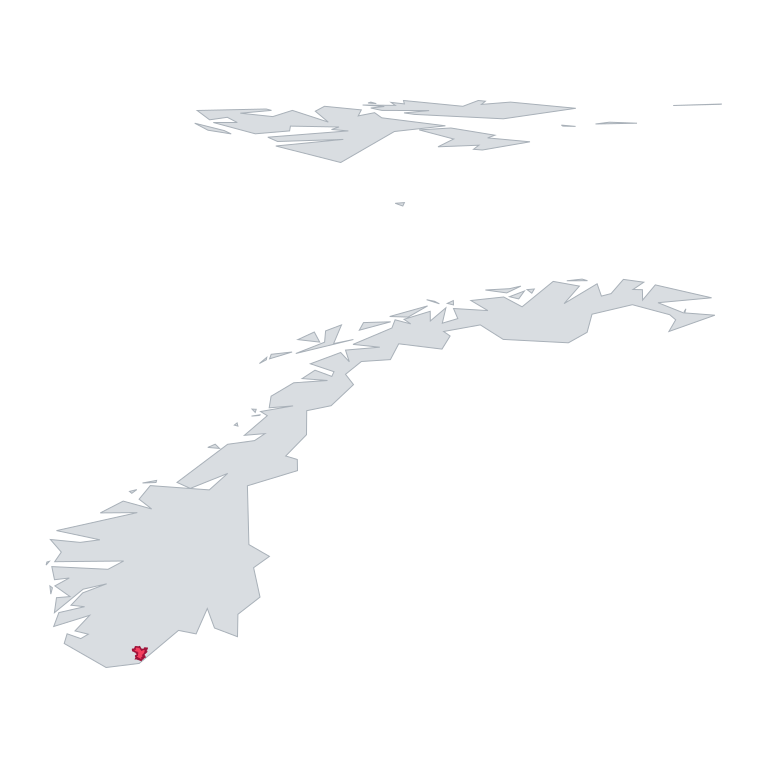 Birkenes nor, Aust-Agder, Norway (highlighted)
{"feature_id": "86288312B11283211528178", "entity_name": "Birkenes nor", "entity_type": "district", "adm_level": 2, "iso_a3": "NOR", "parent_name": "Norway", "parent_adm1": "Aust-Agder", "projection": "equal_earth", "projection_center": [8.204, 58.44], "detail": "fine", "context": "in_parent", "style": "filled", "palette": "rose", "viewbox_px": 768, "rotation_deg": 0, "n_neighbors": 0, "source": "geoboundaries", "source_scale": "gbopen_adm2", "svg_char_len": 6803}
<svg xmlns="http://www.w3.org/2000/svg" viewBox="0 0 768 768"><path d="M480.3,324.9L443.6,331.5L450.1,336.0L442.0,349.1L398.7,343.8L390.4,359.6L361.4,361.5L345.5,374.3L353.5,384.6L331.1,405.7L306.7,410.7L306.5,434.7L285.7,456.0L297.3,459.5L297.5,470.6L247.4,485.8L248.9,544.6L269.4,556.4L253.6,567.7L260.0,597.1L237.9,614.3L237.5,636.7L214.5,628.0L207.3,608.5L196.1,633.9L178.5,630.4L139.2,663.4L106.1,667.5L64.2,643.5L67.1,633.8L80.8,638.6L88.3,634.2L75.0,630.9L89.7,615.3L53.7,626.5L58.9,612.6L84.6,606.7L71.0,605.2L82.7,592.9L106.7,583.8L83.1,589.2L54.4,612.7L56.5,597.7L70.0,596.6L54.9,585.9L69.3,578.0L54.5,579.7L51.8,566.6L108.0,569.3L123.7,561.0L54.7,561.7L61.3,552.1L50.4,539.5L80.2,542.4L99.9,539.8L56.5,530.6L137.3,512.6L100.3,512.9L123.2,501.1L151.7,509.0L139.1,499.2L150.3,485.6L209.3,489.9L227.7,473.4L190.3,488.4L177.0,482.4L227.6,444.3L254.6,440.6L265.0,433.6L244.4,435.3L267.3,415.7L260.6,411.5L293.1,405.9L269.2,407.8L271.1,396.2L293.7,382.8L327.5,380.5L302.1,378.6L315.0,370.2L331.8,376.4L334.0,371.7L310.4,363.8L340.7,352.5L349.3,361.8L345.5,350.1L379.8,347.2L353.0,344.4L391.9,328.0L395.1,319.8L410.7,323.9L404.0,319.3L430.2,311.3L430.3,321.0L445.9,307.8L442.3,323.2L457.8,318.6L453.5,308.5L487.9,310.6L470.9,300.5L503.7,297.0L522.1,306.8L553.2,281.4L579.4,286.1L564.1,303.6L597.1,283.8L601.4,296.1L611.1,293.6L623.4,279.4L643.8,282.2L633.0,289.5L642.4,289.7L642.6,300.1L655.3,284.9L711.6,297.8L658.0,302.7L683.3,312.8L714.9,315.2L668.9,331.5L675.7,319.8L669.7,314.7L632.4,304.7L592.0,314.2L587.1,332.3L568.4,342.8L503.2,339.4L480.3,324.9ZM324.5,106.3L361.3,109.9L358.2,115.9L374.6,112.7L381.7,117.8L445.4,125.8L394.4,131.5L340.7,162.5L275.8,146.0L343.3,139.4L277.6,141.5L267.8,137.2L348.4,130.9L331.5,129.5L339.0,127.0L290.4,126.1L289.6,130.9L255.3,133.8L213.3,122.5L237.3,122.5L227.3,117.3L209.6,119.8L197.2,110.5L266.2,109.0L271.5,110.4L240.3,113.2L272.8,116.6L292.4,110.4L328.3,122.1L315.3,111.2L324.5,106.3ZM403.5,100.5L462.9,106.3L478.3,100.5L485.4,101.2L481.5,104.4L510.5,102.1L575.8,108.3L503.3,118.8L414.6,114.4L404.0,112.9L429.1,110.6L381.8,110.4L370.7,108.0L384.3,106.5L362.6,105.0L395.3,105.4L391.1,102.4L404.4,103.9L403.5,100.5ZM450.9,128.0L494.9,135.2L487.6,137.9L530.0,141.8L482.4,150.0L473.5,149.3L478.9,145.2L438.0,146.8L453.7,139.0L419.2,129.9L450.9,128.0ZM333.6,343.6L353.4,339.5L295.8,353.5L324.6,342.2L325.6,330.9L341.5,324.9L333.6,343.6ZM363.5,322.6L390.7,321.8L359.3,330.2L363.5,322.6ZM389.7,316.5L427.6,305.9L408.1,317.1L389.7,316.5ZM194.7,123.2L224.3,130.6L231.2,133.9L208.0,130.2L194.7,123.2ZM314.3,332.0L319.7,342.1L297.9,339.6L314.3,332.0ZM520.9,286.1L506.7,292.9L485.4,290.0L509.4,288.7L520.9,286.1ZM524.4,291.0L518.7,298.9L509.5,296.7L524.4,291.0ZM271.2,354.3L292.1,352.0L269.6,358.8L271.2,354.3ZM720.3,104.3L673.2,105.5L721.9,104.0L720.3,104.3ZM609.4,122.2L637.0,123.2L595.5,124.0L609.4,122.2ZM566.8,280.8L582.1,279.1L587.5,280.7L566.8,280.8ZM534.3,289.0L531.8,293.2L527.1,289.6L534.3,289.0ZM453.3,300.6L453.5,304.9L447.3,303.4L453.3,300.6ZM404.4,202.6L402.8,206.0L395.2,203.3L404.4,202.6ZM575.6,126.4L562.9,126.1L561.4,125.1L575.6,126.4ZM215.2,444.2L219.5,448.4L207.8,447.4L215.2,444.2ZM426.6,299.7L434.6,301.3L439.4,303.8L426.6,299.7ZM370.8,102.1L376.3,103.6L368.0,103.0L370.8,102.1ZM156.0,482.5L142.5,483.0L156.6,480.4L156.0,482.5ZM136.8,489.6L131.8,493.3L129.5,491.4L136.8,489.6ZM266.3,359.8L259.4,363.5L266.8,357.3L266.3,359.8ZM52.4,587.8L50.8,594.1L49.9,585.9L52.4,587.8ZM255.2,412.4L252.0,409.1L256.2,409.3L255.2,412.4ZM685.9,308.8L684.9,312.3L684.2,311.6L685.9,308.8ZM259.0,415.5L251.5,416.1L260.6,414.7L259.0,415.5ZM237.1,422.9L237.9,426.1L234.3,425.1L237.1,422.9ZM49.4,561.3L46.1,565.1L46.9,562.0L49.4,561.3Z" fill="#d9dde1" stroke="#a8b0b8" stroke-width="1"/><path d="M140.5,660.1L140.4,659.9L140.4,659.7L140.5,659.5L141.1,659.7L141.4,659.8L141.5,659.6L141.8,659.4L141.7,659.4L141.7,659.2L141.9,659.1L142.0,658.9L142.2,658.7L142.3,658.5L142.5,658.3L143.0,658.1L143.3,657.9L142.7,657.5L142.5,657.4L142.4,657.4L142.5,657.3L142.7,657.2L142.9,657.1L143.0,657.0L143.1,656.9L143.5,657.0L143.9,657.0L144.1,657.0L144.3,657.1L144.6,657.1L144.8,657.1L145.0,657.1L145.0,656.9L144.6,656.7L144.4,656.6L144.1,656.3L143.9,656.3L143.9,656.2L144.0,656.0L144.0,655.9L143.9,655.9L143.7,655.9L143.5,655.7L143.8,655.5L143.8,655.4L143.7,655.4L143.8,655.3L143.6,655.2L143.9,655.1L143.6,654.9L143.3,654.8L143.4,654.7L143.6,654.6L143.8,654.3L143.9,654.2L144.0,654.0L144.1,653.9L144.3,653.8L144.4,653.7L144.5,653.6L144.7,653.4L144.8,653.4L145.2,653.1L145.3,653.0L145.6,652.7L145.8,652.5L146.0,652.3L146.2,652.1L145.9,652.0L145.8,651.9L145.7,651.9L145.8,651.8L146.0,651.8L146.0,651.7L145.9,651.7L145.8,651.8L145.7,651.8L145.4,651.7L145.2,651.4L145.2,651.1L145.3,651.0L145.4,650.9L145.5,650.7L145.9,650.6L146.0,650.6L145.9,650.5L145.8,650.4L145.8,650.0L145.8,649.9L146.0,649.7L146.3,649.4L146.6,649.2L147.1,648.8L147.1,648.6L147.1,648.4L147.1,648.2L146.5,648.2L146.4,648.2L146.2,648.2L145.9,648.2L145.5,648.1L145.0,648.0L144.8,648.0L144.6,648.1L144.6,648.4L144.6,648.5L144.6,649.0L144.5,649.3L144.3,649.3L144.1,649.3L143.6,649.3L143.2,649.4L142.8,649.4L142.9,649.5L142.4,649.7L142.2,649.7L142.1,649.8L142.0,650.0L141.8,650.1L141.7,649.9L141.6,649.7L141.4,649.6L141.1,649.4L141.0,649.2L140.9,649.1L140.9,648.9L140.7,648.7L140.6,648.4L140.4,648.1L140.2,647.8L140.0,647.7L139.9,647.6L139.7,647.4L139.7,647.1L139.7,646.9L139.6,646.7L139.3,646.7L139.0,646.9L138.8,647.1L138.6,647.1L138.3,647.1L138.2,647.1L137.9,647.0L137.7,647.0L137.2,646.9L136.7,646.8L136.1,646.9L135.5,646.8L135.4,646.9L135.4,647.0L135.3,647.3L135.3,647.6L135.2,647.8L135.1,648.0L134.9,648.2L134.9,648.3L134.9,648.5L134.9,648.8L135.0,649.0L134.9,649.0L134.6,649.0L134.2,649.1L133.7,649.2L133.3,649.3L133.1,649.3L132.8,649.2L132.6,649.3L132.6,649.5L132.6,649.8L132.6,650.0L132.7,650.3L132.8,650.6L132.9,650.8L133.1,651.0L133.5,651.0L133.6,650.9L133.9,650.9L134.0,650.8L134.4,651.3L134.4,651.5L134.5,651.6L134.9,651.7L135.2,651.8L135.4,651.8L135.5,651.9L135.5,652.0L136.1,652.2L136.4,652.3L136.5,652.3L136.9,652.4L137.0,652.4L137.0,652.5L136.8,652.6L136.7,652.7L136.4,652.9L136.4,653.0L136.8,653.2L137.5,653.3L137.4,653.5L137.3,653.8L137.2,653.8L137.1,654.0L137.2,654.3L137.3,654.6L137.3,654.8L137.4,655.0L137.3,655.3L137.2,655.4L136.8,655.4L136.6,655.5L136.3,655.5L135.9,655.6L135.8,655.9L135.8,656.1L135.7,656.1L135.7,656.3L135.9,656.4L136.2,656.7L136.2,656.8L136.2,657.2L136.2,657.3L136.1,657.5L136.4,657.8L136.8,657.8L136.7,657.9L136.0,658.3L135.9,658.4L135.8,658.5L135.7,658.7L136.4,658.7L136.5,658.7L137.0,658.7L137.3,658.7L137.5,658.6L137.5,658.8L137.7,659.0L137.8,659.1L138.0,658.9L138.3,658.8L138.5,658.7L138.8,658.6L139.0,658.7L139.1,658.8L139.4,658.9L139.4,659.0L139.2,659.2L139.1,659.4L138.9,659.5L139.8,659.8L140.2,660.0L140.5,660.1Z" fill="#f43f5e" stroke="#9f1239" stroke-width="1.5"/></svg>